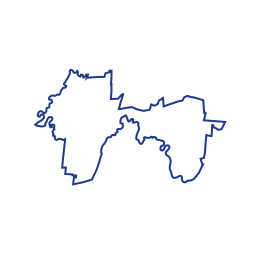 Rafov, Prahova, Romania (Equal Earth projection), rotated 140°
{"feature_id": "2599482B7706005984570", "entity_name": "Rafov", "entity_type": "district", "adm_level": 2, "iso_a3": "ROU", "parent_name": "Romania", "parent_adm1": "Prahova", "projection": "equal_earth", "projection_center": [26.169, 44.85], "detail": "fine", "context": "isolated", "style": "outline", "palette": "blue", "viewbox_px": 256, "rotation_deg": 140, "n_neighbors": 0, "source": "geoboundaries", "source_scale": "gbopen_adm2", "svg_char_len": 5968}
<svg xmlns="http://www.w3.org/2000/svg" viewBox="0 0 256 256"><g transform="rotate(140 128 128)"><path d="M136.3,208.7L137.1,207.5L137.5,207.1L139.1,206.3L142.2,205.0L145.0,204.2L146.7,203.4L148.3,203.2L148.7,202.9L148.9,202.5L149.0,201.9L148.7,200.9L148.3,200.0L148.4,199.6L148.7,199.4L150.0,199.3L150.8,199.6L152.1,200.5L153.1,200.1L154.4,200.0L155.2,199.6L157.8,198.1L158.5,197.7L159.1,197.7L159.9,198.0L160.4,198.8L161.0,199.2L162.8,199.4L163.5,199.7L164.0,200.6L165.8,201.9L166.3,202.1L168.2,202.1L168.8,202.0L169.6,201.5L170.0,200.7L169.9,200.2L169.7,199.9L168.8,199.4L168.6,199.1L168.6,198.8L168.7,198.1L169.1,197.2L170.0,196.4L170.8,196.4L172.1,197.0L172.7,196.9L174.8,194.7L175.1,194.6L176.0,194.8L176.5,195.2L177.5,195.5L178.3,194.9L179.5,193.6L180.7,192.9L181.7,192.8L182.4,192.9L182.9,193.6L183.3,195.9L184.0,197.0L184.5,197.3L185.3,197.5L185.9,197.5L187.1,197.1L188.5,196.3L188.9,195.9L189.1,195.6L189.2,194.6L189.1,194.2L188.8,193.7L188.3,193.4L187.7,193.5L187.0,194.0L186.6,194.1L185.5,193.8L184.9,193.4L184.6,192.7L184.5,192.0L185.0,190.7L185.4,190.3L186.1,189.9L188.2,189.4L189.6,189.5L192.7,190.1L196.9,190.1L196.4,188.6L196.1,188.1L193.5,185.0L192.1,183.9L190.3,183.2L189.8,183.1L189.3,183.6L188.9,184.2L187.3,185.1L186.1,185.3L184.4,186.4L182.5,186.9L181.6,186.9L180.6,186.5L179.8,185.6L179.6,185.3L179.6,184.6L180.1,183.6L180.8,183.1L181.8,182.9L183.2,183.1L184.8,182.5L185.4,181.9L186.8,179.2L186.8,178.4L186.3,177.9L185.7,177.9L185.6,178.1L185.5,178.5L185.0,179.5L184.4,179.7L183.0,178.5L182.7,177.8L182.8,177.3L183.1,176.8L183.5,176.5L184.9,176.0L185.2,174.3L187.0,174.2L188.2,173.8L188.3,172.9L188.7,171.8L189.4,171.3L189.9,170.5L190.2,170.3L189.8,169.9L189.3,168.5L190.3,167.9L191.0,166.0L190.8,165.3L190.3,164.7L189.7,164.5L188.4,164.3L187.5,163.9L186.6,162.5L186.0,162.1L185.7,161.7L185.6,160.7L185.0,160.1L184.4,159.8L183.5,159.8L184.7,158.4L188.3,155.2L189.1,154.1L189.6,153.9L190.4,153.1L197.6,146.2L203.9,139.9L201.0,137.6L205.6,133.2L200.4,128.1L201.0,127.5L198.2,124.9L199.6,123.6L201.1,124.9L206.3,120.1L200.3,116.9L197.0,115.2L188.7,111.6L187.3,112.4L180.1,115.6L177.9,116.8L171.2,120.9L168.9,122.6L164.7,125.1L164.5,125.3L164.4,126.0L164.2,126.7L161.7,129.3L161.1,129.5L159.5,130.5L158.9,130.6L158.1,131.0L156.5,131.1L154.4,131.7L151.0,133.4L149.5,133.6L149.0,133.5L148.5,133.2L147.2,132.1L146.7,132.1L145.9,132.7L144.8,132.7L144.0,132.5L143.4,131.5L142.4,130.8L142.0,130.9L141.3,131.7L140.8,131.9L140.1,132.0L138.9,131.6L138.4,131.7L138.0,132.9L137.6,133.4L137.0,133.7L136.3,133.6L134.8,132.3L133.9,131.9L133.3,131.8L132.0,131.9L131.3,132.2L130.8,132.5L130.3,133.3L130.0,133.9L129.3,134.7L129.4,135.0L130.4,136.3L130.6,136.8L130.1,137.4L128.3,139.1L127.2,139.7L126.0,140.0L125.4,139.9L124.5,139.5L122.4,139.4L121.9,139.3L121.5,138.9L122.7,134.9L123.4,133.6L123.4,132.7L123.2,132.4L122.7,132.2L122.1,132.2L120.9,132.4L119.8,132.5L118.8,132.2L118.5,131.6L118.5,131.3L119.0,130.7L120.2,129.9L120.7,129.4L120.7,129.1L120.4,128.6L117.4,127.0L116.9,126.1L116.8,125.4L117.1,124.8L118.1,124.2L119.2,121.6L120.4,120.0L121.3,119.3L123.5,118.4L125.8,117.0L127.7,115.5L128.5,114.5L128.7,114.1L128.6,113.7L128.1,112.8L127.8,112.0L127.8,111.8L128.1,110.7L128.7,109.4L128.8,108.8L128.6,108.1L128.1,107.4L127.4,107.0L126.9,107.1L125.9,107.6L122.9,108.6L122.5,109.1L122.3,109.8L121.9,110.3L121.3,110.4L120.8,110.0L119.8,108.3L118.9,107.3L117.7,106.6L116.3,106.5L115.6,106.2L115.4,105.8L115.6,104.8L114.1,104.6L113.1,103.3L112.8,102.6L113.1,102.3L113.2,102.0L113.4,101.3L113.3,100.5L111.3,98.2L110.7,97.0L109.6,95.6L109.3,94.9L109.4,94.5L109.8,93.8L111.4,92.1L112.0,92.0L114.0,92.7L114.9,92.5L115.4,92.2L116.1,91.6L116.8,90.8L116.9,90.0L116.8,89.6L116.7,89.3L116.2,88.7L115.0,88.4L113.3,89.0L111.7,89.9L111.0,90.0L110.3,90.0L109.3,89.7L108.7,89.2L108.2,88.5L108.1,88.0L108.4,86.9L109.1,86.3L109.5,86.1L110.6,85.7L113.9,85.3L114.7,84.9L115.2,84.5L115.8,83.1L115.8,82.1L115.0,79.6L115.1,78.9L115.5,77.6L116.3,75.7L117.1,74.5L119.3,72.9L121.4,70.9L122.3,69.8L122.8,68.7L123.1,67.3L124.0,65.4L125.1,62.9L125.3,61.7L125.2,60.9L125.0,60.4L124.4,59.9L123.6,59.4L122.4,59.0L121.8,58.5L120.3,58.4L119.2,58.1L118.6,57.6L118.2,57.1L118.1,56.6L118.2,56.0L119.6,54.1L120.1,53.1L120.4,52.2L120.4,51.5L120.2,51.0L119.2,49.6L118.9,49.4L117.3,49.4L116.1,49.2L114.6,48.3L113.4,47.3L110.1,46.6L102.4,48.1L95.4,51.4L95.3,51.5L95.2,51.3L93.8,51.9L94.2,52.4L94.2,52.9L93.7,53.9L93.2,55.8L92.4,57.0L92.1,57.8L89.2,56.2L85.3,59.3L83.9,60.6L81.6,63.2L80.3,64.3L78.8,66.0L72.6,72.2L72.0,71.3L69.2,68.1L61.5,76.1L61.2,75.9L61.2,75.4L61.0,74.9L61.9,73.8L61.6,72.9L60.5,70.6L60.4,69.3L59.8,68.8L59.7,68.4L59.2,68.0L58.6,67.9L58.2,67.5L56.8,67.1L49.7,70.2L64.9,85.1L58.9,89.5L59.2,90.8L59.7,90.8L57.7,93.8L52.5,100.9L58.2,109.6L58.3,109.7L58.8,109.9L61.2,113.1L61.3,113.3L61.1,113.4L61.5,114.0L62.3,114.7L63.6,114.9L64.6,115.2L65.3,115.1L65.7,115.2L68.6,114.0L71.7,115.8L81.4,119.6L86.8,121.6L83.7,125.9L81.9,128.6L83.0,128.8L84.0,128.5L84.5,128.6L86.4,129.2L88.2,128.2L89.4,127.4L89.9,127.3L90.9,127.6L91.8,127.5L92.7,127.9L94.2,128.8L94.3,129.9L95.0,131.1L95.4,131.0L98.2,128.9L99.5,128.2L100.4,128.4L102.8,129.9L103.9,130.3L105.6,131.7L109.0,136.4L111.6,141.5L115.3,143.9L122.0,147.7L122.8,148.4L117.5,152.2L110.0,156.9L110.5,157.4L111.2,157.6L116.8,156.8L122.5,161.2L117.4,166.4L112.5,172.2L112.9,172.4L107.7,177.9L103.8,182.5L104.7,183.1L104.9,183.5L105.4,183.8L106.4,182.6L109.8,184.4L110.5,184.1L113.1,182.3L118.2,186.4L127.2,192.9L127.3,192.9L124.3,194.7L124.7,195.0L125.8,195.7L127.1,195.0L127.9,195.3L128.9,195.0L129.5,195.1L129.6,195.9L128.6,197.7L128.6,197.9L129.0,198.1L129.5,198.8L129.8,199.0L130.2,198.6L130.9,198.2L131.6,198.2L131.8,198.5L131.8,198.8L131.9,199.2L132.3,200.0L132.3,200.7L131.5,202.0L130.8,202.7L130.2,203.6L130.2,204.3L131.1,204.0L132.2,203.9L132.7,204.1L133.5,204.6L133.7,204.9L133.9,205.5L133.8,206.2L133.5,206.6L133.5,207.2L134.0,208.9L134.5,209.3L135.1,209.4L135.8,209.2L136.3,208.7Z" fill="none" stroke="#1e3a8a" stroke-width="2"/></g></svg>